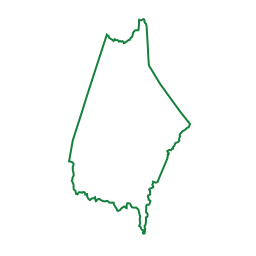 outline of Solonópole, Ceará, Brazil, rotated 354°
{"feature_id": "56859067B36199820479004", "entity_name": "Solonópole", "entity_type": "district", "adm_level": 2, "iso_a3": "BRA", "parent_name": "Brazil", "parent_adm1": "Ceará", "projection": "mercator", "projection_center": [-38.993, -5.778], "detail": "fine", "context": "isolated", "style": "outline", "palette": "green", "viewbox_px": 256, "rotation_deg": 354, "n_neighbors": 0, "source": "geoboundaries", "source_scale": "gbopen_adm2", "svg_char_len": 3049}
<svg xmlns="http://www.w3.org/2000/svg" viewBox="0 0 256 256"><g transform="rotate(354 128 128)"><path d="M108.8,209.2L109.8,209.3L110.9,209.1L111.7,208.6L112.4,207.7L114.7,206.2L116.1,205.7L117.3,207.0L118.3,207.5L118.5,205.7L118.6,204.5L119.4,202.8L120.7,202.9L122.0,203.4L122.5,204.5L122.9,205.8L123.6,207.3L124.7,207.5L126.3,208.0L127.8,207.9L128.6,208.9L129.8,210.2L130.0,211.8L130.2,212.8L130.3,214.2L130.5,215.8L130.9,216.9L130.4,218.8L130.1,220.3L130.1,221.9L130.2,224.0L129.4,225.4L128.9,226.5L129.8,227.1L131.0,230.5L132.7,231.4L131.8,233.9L132.5,234.7L133.5,234.5L133.9,232.8L134.2,231.8L134.5,230.3L134.2,228.9L134.3,227.0L135.3,226.0L135.7,224.6L136.1,222.7L136.3,221.0L136.4,220.0L136.6,218.7L137.9,218.4L138.3,217.3L138.5,216.2L138.2,214.8L137.3,214.1L137.2,213.0L137.4,211.5L137.8,210.0L137.8,208.4L138.1,207.2L138.8,206.3L140.1,206.6L141.0,206.2L141.7,205.2L142.1,204.2L142.7,202.9L142.0,202.1L141.0,201.5L141.2,200.6L140.7,199.0L140.9,197.3L141.9,197.0L143.1,196.4L143.1,195.0L143.3,193.6L143.3,192.6L142.6,191.4L143.9,190.4L145.8,190.0L147.0,189.5L146.9,188.5L146.2,187.1L146.6,186.2L147.2,185.3L147.4,184.0L148.5,184.6L149.7,185.2L150.9,185.1L151.8,184.7L153.4,181.6L163.4,163.4L164.1,162.2L164.2,161.0L164.9,159.5L164.7,158.5L165.9,158.0L165.7,157.0L165.0,156.2L164.6,155.1L165.6,154.6L166.9,154.1L168.5,154.6L169.4,153.5L170.7,153.2L170.6,152.2L171.2,151.3L172.4,150.3L172.8,149.0L173.8,147.8L175.5,147.5L176.7,147.0L177.7,146.0L177.6,144.6L178.1,143.0L179.0,141.6L178.6,140.5L179.0,139.5L179.8,138.7L180.8,138.1L181.9,136.8L183.0,136.5L184.1,136.0L185.4,135.1L186.7,134.1L188.2,133.7L189.0,132.8L189.4,131.6L190.1,130.6L181.9,117.7L165.5,89.2L164.6,87.6L155.3,67.9L155.7,57.8L156.2,49.4L157.0,31.2L157.1,28.4L156.9,26.4L156.2,25.8L155.5,24.2L155.6,22.3L154.9,21.3L153.8,21.7L152.6,22.3L151.3,22.1L150.5,21.5L150.1,22.8L150.0,24.0L149.8,25.4L149.6,27.0L149.2,28.6L149.0,30.4L148.6,31.7L147.4,31.9L146.5,31.5L145.5,31.7L144.0,32.6L143.2,33.6L142.7,35.0L142.2,36.3L141.6,37.8L140.3,38.5L139.4,39.6L138.8,40.6L137.8,40.6L136.4,41.5L134.9,42.3L133.7,43.0L132.7,43.2L132.7,42.2L131.5,41.0L130.3,41.4L129.2,40.7L128.0,41.2L127.6,40.3L126.7,39.5L125.1,39.4L124.0,38.3L122.9,39.9L121.1,38.2L119.9,37.4L118.7,36.4L118.2,34.2L117.2,33.7L116.7,33.0L100.4,69.5L95.9,79.7L94.2,83.4L91.6,89.4L89.2,94.8L83.5,108.1L81.9,111.7L71.8,134.5L68.1,147.4L65.9,155.0L67.2,155.4L68.6,156.0L69.5,156.7L70.0,157.7L70.1,158.9L68.9,161.0L68.8,163.1L68.7,164.1L68.9,165.9L69.1,167.6L69.0,169.7L67.6,171.5L67.5,173.1L66.6,174.4L67.0,175.7L67.5,177.0L67.9,178.2L67.8,179.5L67.7,181.1L67.6,183.0L68.2,183.9L69.0,184.9L69.4,186.5L69.4,188.0L70.7,188.7L71.7,187.8L72.3,186.8L73.6,186.8L75.5,187.6L76.3,187.1L77.5,187.1L78.5,188.2L78.6,189.8L80.4,189.5L80.2,191.7L81.1,194.1L82.7,195.7L84.4,194.4L86.4,194.2L88.0,193.4L88.2,194.7L87.9,195.8L88.5,197.4L90.6,195.7L92.0,195.5L94.1,197.4L97.1,198.6L99.9,198.3L101.7,200.3L103.6,200.5L105.9,200.7L106.0,202.4L106.5,203.7L107.0,204.7L108.1,207.0L108.8,209.2Z" fill="none" stroke="#15803d" stroke-width="2"/></g></svg>